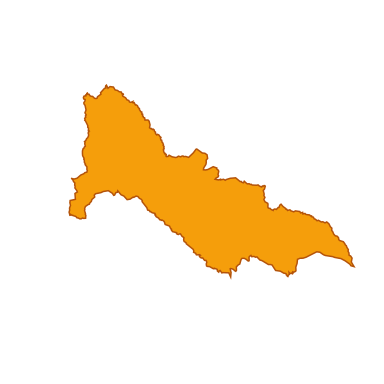 the district of Ramoetsana, Mafeteng, Lesotho, rotated 337°
{"feature_id": "5366337B15591495914188", "entity_name": "Ramoetsana", "entity_type": "district", "adm_level": 2, "iso_a3": "LSO", "parent_name": "Lesotho", "parent_adm1": "Mafeteng", "projection": "robinson", "projection_center": [27.537, -29.836], "detail": "fine", "context": "isolated", "style": "filled", "palette": "amber", "viewbox_px": 384, "rotation_deg": 337, "n_neighbors": 0, "source": "geoboundaries", "source_scale": "gbopen_adm2", "svg_char_len": 6045}
<svg xmlns="http://www.w3.org/2000/svg" viewBox="0 0 384 384"><g transform="rotate(337 192 192)"><path d="M312.0,324.0L311.3,318.7L313.5,315.4L313.0,312.9L311.9,311.6L312.7,309.3L312.5,307.5L313.4,306.1L312.9,303.4L313.1,301.8L312.4,300.4L312.5,299.4L311.9,296.9L309.0,294.4L308.5,293.2L309.0,291.4L308.6,290.0L308.2,289.2L306.8,288.4L306.0,286.2L306.0,283.0L305.5,282.1L306.6,279.9L305.8,278.1L305.6,274.7L304.3,272.2L302.4,272.4L300.8,270.5L299.3,270.1L297.3,267.4L295.9,267.3L295.0,265.3L294.0,264.5L293.9,262.6L292.4,261.4L292.7,260.7L291.7,260.2L291.3,259.1L288.1,257.2L287.6,255.9L285.5,255.5L285.9,254.0L283.8,253.7L283.6,252.1L279.8,249.8L277.9,250.0L275.6,247.9L275.5,247.1L274.9,246.6L272.7,246.3L272.5,245.0L271.7,244.5L271.9,243.9L270.1,240.9L269.2,238.0L267.7,238.4L266.1,240.2L265.4,239.9L262.8,241.0L261.7,240.0L260.1,240.0L259.5,240.7L257.9,238.9L257.5,237.6L256.6,237.2L255.9,236.3L256.0,235.4L257.2,232.9L257.3,232.0L255.4,229.6L255.2,227.0L257.0,225.5L256.8,223.1L257.6,222.2L258.2,218.4L259.8,217.7L261.7,215.3L261.5,214.6L260.8,214.2L259.4,214.6L259.1,214.0L257.9,214.5L256.4,212.9L255.6,211.3L254.1,211.0L250.1,209.1L249.6,208.1L248.7,207.9L247.8,206.7L246.4,206.3L245.7,205.6L244.3,202.5L243.0,203.6L242.4,203.2L241.6,202.4L241.4,201.5L240.4,201.2L237.7,196.0L232.5,194.3L228.3,193.9L227.2,194.2L226.0,192.6L223.0,192.0L223.2,191.4L221.2,191.3L218.2,189.3L219.4,188.6L221.9,188.3L222.8,187.5L222.8,186.0L224.6,183.6L224.8,182.3L224.0,181.1L223.9,180.1L224.2,179.6L221.4,177.0L215.4,177.5L213.0,177.0L211.2,176.0L212.2,174.4L215.5,172.1L216.5,170.7L217.5,168.2L219.5,167.2L220.4,163.6L219.0,161.4L216.7,160.1L213.2,154.3L212.4,154.2L208.5,156.5L202.4,158.8L200.1,156.8L198.2,156.2L197.9,155.4L197.0,155.0L195.4,155.2L193.5,153.7L191.6,154.1L190.3,153.8L187.4,151.8L185.3,149.2L183.8,149.9L182.3,149.4L182.1,148.7L182.9,147.6L182.7,146.9L182.1,146.6L182.3,146.0L181.9,145.9L181.7,144.5L181.9,142.8L182.6,141.9L182.4,141.5L183.4,140.9L183.3,140.2L184.0,139.4L183.7,137.8L184.1,137.6L184.3,135.4L183.9,134.7L184.3,132.4L183.6,131.9L184.0,130.1L184.7,129.8L184.7,129.4L184.1,128.4L183.8,126.5L182.7,125.4L181.9,125.7L181.4,124.6L181.3,123.5L181.8,122.7L181.2,121.5L181.4,119.9L180.7,118.8L179.9,119.0L179.2,117.5L178.7,117.5L178.0,116.3L179.6,113.8L180.2,110.0L179.6,108.5L176.8,107.4L177.4,105.3L176.5,104.5L176.6,103.3L176.2,102.8L176.8,101.6L176.9,101.0L176.3,100.8L177.0,98.7L176.3,98.2L175.8,95.6L176.2,94.7L175.5,93.2L175.5,91.2L174.7,90.0L173.9,89.8L173.7,87.1L172.7,87.0L172.2,86.3L172.9,85.6L170.7,85.6L169.6,84.7L169.6,83.1L168.1,81.7L167.7,79.3L165.7,76.7L166.0,75.1L166.9,75.4L167.0,74.9L165.8,73.5L166.0,72.4L164.1,71.2L163.1,69.4L161.1,68.0L160.7,64.7L157.7,62.9L155.2,63.7L155.0,60.2L154.1,60.5L153.5,61.4L153.3,62.6L151.9,62.4L146.6,64.9L146.4,66.4L142.2,67.4L141.4,68.5L140.2,68.5L138.9,67.7L137.9,65.2L136.4,64.4L135.6,63.3L135.5,61.9L134.6,61.6L134.4,60.0L133.6,60.2L133.1,61.1L132.1,61.1L131.9,62.0L130.2,61.5L129.5,62.0L128.8,62.9L128.8,64.3L129.8,65.1L129.1,66.3L127.3,67.6L127.0,68.7L127.4,70.5L126.5,75.1L124.4,77.3L124.7,79.7L123.6,80.3L123.4,81.7L122.0,82.2L121.8,83.7L121.3,84.1L121.7,85.0L122.0,90.3L121.3,91.6L121.7,92.6L120.8,94.7L121.1,95.5L120.5,95.4L120.5,96.3L119.4,97.1L119.4,98.2L118.7,99.9L117.2,101.2L115.7,101.8L114.6,102.9L112.7,103.7L113.0,104.4L112.1,105.7L111.7,108.2L110.5,108.5L109.7,109.4L108.8,109.5L107.2,111.4L106.1,114.0L105.5,115.9L105.8,118.8L105.2,119.5L105.4,120.3L104.5,122.8L104.8,124.7L104.3,125.1L105.1,127.8L104.0,130.4L104.1,131.2L102.9,132.7L101.1,132.3L99.5,132.9L96.3,132.9L91.7,134.4L89.0,134.1L87.2,133.2L86.3,132.0L87.1,134.6L87.0,136.1L87.7,137.9L86.7,139.8L86.7,141.0L85.8,142.5L86.5,145.7L86.5,147.2L83.7,147.6L81.8,153.2L76.5,152.2L75.4,154.2L74.9,156.9L73.0,158.9L72.3,160.9L71.0,162.5L70.5,165.7L71.5,165.9L71.6,165.3L72.6,166.8L73.2,166.8L73.6,167.5L75.5,169.1L76.0,170.8L77.3,171.6L78.0,172.7L79.4,173.4L81.1,173.2L82.0,174.0L83.8,174.6L85.2,171.9L85.0,171.0L85.5,170.3L85.8,167.1L86.5,166.3L86.7,165.3L88.2,163.7L91.3,163.0L92.8,163.1L93.3,162.4L95.7,161.3L96.9,159.8L100.5,158.6L100.8,156.7L102.5,155.9L107.9,157.0L110.6,156.9L115.5,158.1L118.2,162.1L118.6,164.5L119.5,164.6L121.7,162.8L123.2,163.1L124.1,161.9L125.6,166.8L127.7,169.1L129.3,173.7L132.2,174.4L135.8,173.7L136.3,174.2L138.9,173.9L140.5,175.1L141.1,177.3L142.3,178.7L142.9,180.5L142.3,181.4L144.3,188.8L144.1,191.3L145.5,192.4L145.7,193.8L146.2,193.9L147.2,195.5L149.5,197.2L149.5,198.8L149.0,198.7L149.4,200.8L151.0,202.9L151.5,205.0L152.5,205.4L152.6,206.1L153.7,206.3L154.9,208.3L154.6,211.4L158.0,214.6L158.0,216.8L158.6,218.2L158.1,218.6L158.6,220.9L161.7,223.2L162.0,223.7L161.5,224.3L162.0,225.1L162.8,225.8L164.5,225.7L165.0,226.0L165.5,228.9L166.7,230.8L165.6,232.8L165.4,234.5L166.7,236.2L166.5,237.4L170.7,245.3L170.6,247.0L169.9,248.1L171.5,249.9L171.4,251.3L171.7,251.7L174.4,252.6L174.9,253.4L173.9,253.4L173.7,254.0L173.9,255.0L174.7,256.3L176.1,256.9L176.8,259.8L178.2,260.5L178.2,262.4L177.0,263.8L176.5,265.7L176.9,266.4L179.1,267.6L181.6,270.9L182.3,271.3L182.7,270.9L184.8,272.8L185.0,273.3L184.5,274.6L185.3,276.2L186.5,275.1L187.2,275.2L187.9,278.2L188.8,278.2L194.3,280.8L194.4,285.3L196.5,281.4L197.1,277.6L197.6,277.5L198.5,278.1L200.0,279.5L200.3,280.8L201.3,282.1L202.3,281.5L203.6,278.2L206.3,277.1L207.8,277.0L210.8,273.3L212.1,272.6L214.2,273.5L215.4,274.9L216.7,277.4L217.4,277.7L217.9,277.3L218.9,274.5L219.6,273.8L221.5,273.4L221.7,274.9L223.9,275.5L224.9,276.8L226.4,277.1L227.9,281.1L229.7,282.6L234.0,288.6L236.2,289.6L237.2,290.5L238.3,296.9L242.4,299.4L244.7,302.5L246.5,303.7L246.7,304.2L246.4,305.0L246.7,305.3L246.9,307.0L247.3,307.3L248.1,306.2L249.4,305.9L249.9,304.1L250.3,305.4L251.7,305.6L252.5,306.6L253.0,306.4L253.0,305.2L253.6,304.8L254.1,305.6L256.4,305.5L257.0,304.9L258.2,301.7L260.8,298.8L262.8,295.2L265.5,295.2L268.3,296.3L271.5,296.6L283.4,295.8L286.2,297.4L288.5,301.1L289.9,302.5L296.3,306.5L297.7,307.9L303.1,311.5L306.1,315.2L309.1,320.1L309.5,322.0L312.0,324.0Z" fill="#f59e0b" stroke="#b45309" stroke-width="1.5"/></g></svg>